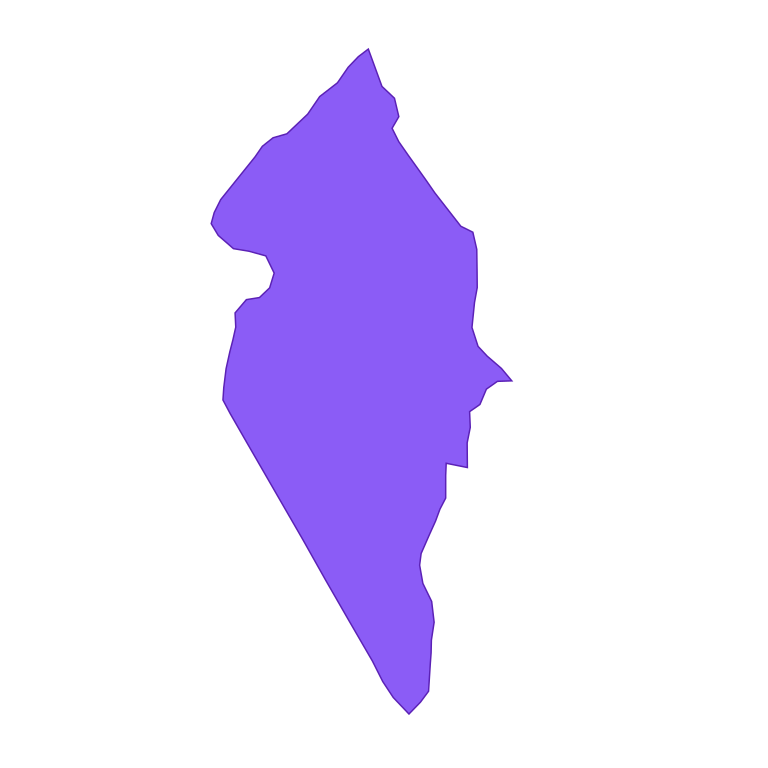 Chã Grande, Pernambuco, Brazil (Natural Earth projection), rotated 332°
{"feature_id": "56859067B3867057012791", "entity_name": "Chã Grande", "entity_type": "district", "adm_level": 2, "iso_a3": "BRA", "parent_name": "Brazil", "parent_adm1": "Pernambuco", "projection": "natural_earth1", "projection_center": [-35.47, -8.238], "detail": "fine", "context": "isolated", "style": "filled", "palette": "violet", "viewbox_px": 768, "rotation_deg": 332, "n_neighbors": 0, "source": "geoboundaries", "source_scale": "gbopen_adm2", "svg_char_len": 1151}
<svg xmlns="http://www.w3.org/2000/svg" viewBox="0 0 768 768"><g transform="rotate(332 384 384)"><path d="M418.4,496.9L429.8,475.0L439.8,462.8L446.6,448.6L459.1,447.1L472.0,436.6L485.4,434.9L498.3,441.2L495.0,425.4L488.2,407.9L484.7,394.9L488.2,375.4L502.2,354.5L511.6,342.6L519.7,327.0L529.1,308.7L533.7,291.7L525.9,280.8L518.6,239.1L516.9,224.6L515.1,210.8L512.7,192.8L510.8,177.0L511.2,162.0L522.6,154.9L527.4,136.6L521.9,120.3L524.1,104.5L527.4,80.9L515.1,82.9L501.1,87.5L484.3,96.2L462.2,100.0L443.3,109.9L415.7,117.5L401.7,114.5L388.2,117.0L376.8,122.9L326.4,144.5L314.6,152.9L306.7,161.3L307.4,175.0L314.6,193.8L326.9,203.2L339.8,215.4L339.1,234.5L328.2,245.4L314.6,249.2L302.1,244.9L285.9,251.3L279.8,264.2L271.3,274.1L262.9,283.3L251.8,296.3L240.8,312.0L234.3,322.5L234.3,338.0L235.4,372.0L239.3,483.7L240.4,530.0L241.9,575.0L243.7,623.3L243.2,646.2L245.0,665.2L251.1,687.1L266.9,682.0L279.1,676.2L293.2,653.3L299.3,643.6L305.6,632.4L316.4,617.9L324.0,598.4L324.7,578.3L330.4,560.7L337.2,551.1L353.4,538.3L365.2,529.2L374.6,520.8L384.9,513.7L395.6,493.6L401.7,483.2L418.4,496.9Z" fill="#8b5cf6" stroke="#5b21b6" stroke-width="1.5"/></g></svg>